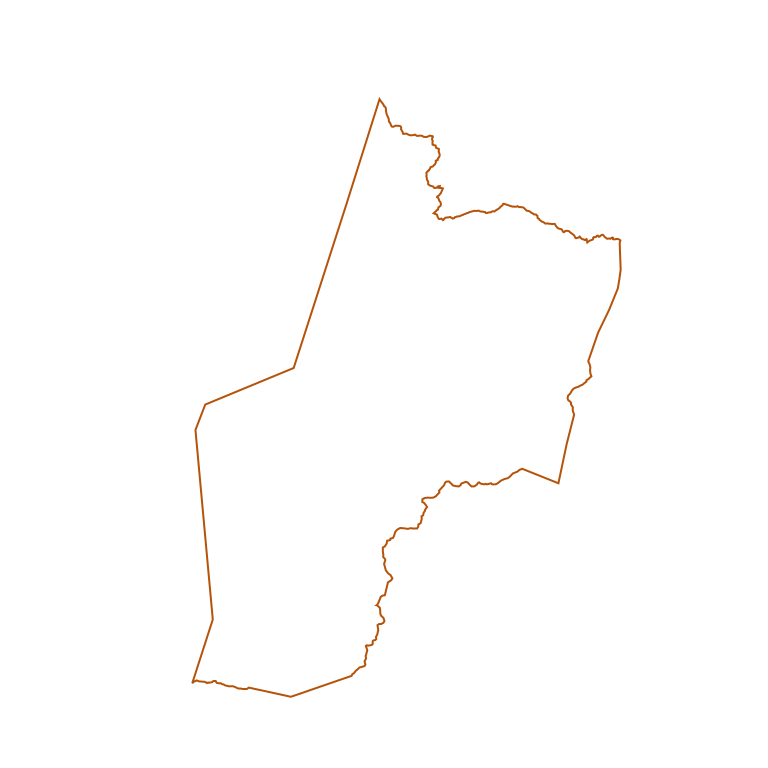 Menyamya District, Morobe, Papua New Guinea (orthographic projection), rotated 74°
{"feature_id": "67681753B12937966801252", "entity_name": "Menyamya District", "entity_type": "district", "adm_level": 2, "iso_a3": "PNG", "parent_name": "Papua New Guinea", "parent_adm1": "Morobe", "projection": "orthographic", "projection_center": [146.094, -7.257], "detail": "fine", "context": "isolated", "style": "outline", "palette": "amber", "viewbox_px": 768, "rotation_deg": 74, "n_neighbors": 0, "source": "geoboundaries", "source_scale": "gbopen_adm2", "svg_char_len": 6165}
<svg xmlns="http://www.w3.org/2000/svg" viewBox="0 0 768 768"><g transform="rotate(74 384 384)"><path d="M492.0,224.9L465.9,209.7L461.5,209.9L458.5,208.9L455.0,209.9L453.6,209.3L452.0,210.1L450.5,211.3L448.2,211.5L445.8,210.1L444.6,207.7L442.3,205.4L440.9,203.5L440.3,200.9L440.2,197.6L439.6,195.3L439.4,193.4L438.2,190.8L437.6,188.9L436.2,188.3L435.6,185.9L435.3,185.7L433.8,182.5L430.7,182.7L427.5,182.1L425.0,181.1L422.8,180.9L420.5,181.1L418.4,181.4L393.6,164.0L374.7,147.1L356.6,132.9L348.2,128.9L339.4,125.0L313.5,118.6L311.1,117.2L309.5,118.5L308.9,119.8L308.6,120.9L308.6,122.3L308.1,123.6L307.8,124.0L307.1,123.9L306.7,123.6L306.2,124.0L306.2,124.6L306.8,126.5L306.2,127.5L306.0,128.3L305.9,129.5L303.5,131.3L301.5,132.1L300.9,132.5L300.7,133.0L300.9,134.4L301.4,135.3L301.7,136.2L301.7,136.9L300.4,137.4L300.3,138.0L300.4,138.7L301.1,139.8L301.0,140.6L300.7,142.0L301.0,142.6L302.1,142.9L302.6,143.3L302.8,144.4L302.9,146.5L303.2,147.7L304.0,149.6L303.5,149.6L302.9,149.4L301.7,149.6L300.9,149.2L300.5,149.5L301.1,151.1L300.7,151.7L300.1,152.0L299.8,152.5L299.6,153.3L299.3,153.7L297.3,154.9L296.7,155.0L296.2,155.3L296.8,156.4L296.9,157.4L296.8,158.2L296.9,158.8L296.7,159.4L296.1,159.8L293.8,160.2L293.1,160.6L292.2,161.2L291.4,161.7L290.2,162.8L288.7,163.7L288.0,164.2L287.3,165.4L286.9,167.3L287.0,168.0L287.5,168.5L287.7,169.2L287.1,169.9L284.9,170.4L284.2,170.7L283.6,171.8L282.9,173.0L281.8,174.1L279.9,175.0L278.7,175.4L277.5,175.5L277.0,176.1L276.6,178.3L275.8,180.0L275.5,181.0L275.2,181.8L274.7,182.3L274.4,184.3L274.0,185.0L273.1,185.5L272.1,186.5L271.5,187.4L270.1,188.4L269.4,189.1L269.0,189.3L267.9,189.5L267.2,190.4L266.8,190.6L264.6,190.2L263.0,191.2L262.3,193.1L261.2,193.8L260.3,194.9L258.1,196.5L257.7,197.1L257.1,198.4L256.7,199.0L255.7,199.7L252.9,201.2L252.4,202.0L251.8,203.5L251.4,204.4L251.2,205.5L250.5,206.1L249.9,206.6L250.0,207.9L249.8,208.8L249.7,209.4L249.2,210.2L249.0,211.3L248.6,212.1L243.7,219.2L243.9,220.1L244.8,220.7L245.9,223.4L246.7,224.5L247.8,228.1L248.0,229.2L248.6,230.2L248.0,231.7L248.0,232.9L248.4,234.0L248.0,235.5L248.0,237.3L247.8,238.8L247.3,239.2L246.7,239.3L245.3,242.2L244.8,243.7L243.4,245.3L243.2,247.2L242.3,250.0L242.4,250.9L242.3,254.7L242.7,255.8L242.6,257.3L242.9,258.9L242.9,260.7L243.3,261.9L243.2,263.0L243.6,265.1L243.1,267.7L243.3,269.1L243.2,269.9L243.9,270.8L243.9,271.5L244.0,272.2L242.5,273.7L241.7,274.3L241.6,276.0L241.1,278.8L241.2,279.3L242.0,281.0L242.7,281.7L242.8,282.1L242.0,282.6L240.8,283.3L240.8,284.7L240.6,285.4L240.3,285.8L238.1,286.4L235.8,286.4L233.6,289.2L231.7,285.5L231.3,285.1L231.2,284.0L229.2,283.0L228.7,281.5L228.1,280.4L227.0,279.7L224.9,279.6L222.9,280.4L221.0,280.4L220.0,280.7L219.0,281.5L218.4,281.0L218.1,279.7L217.5,278.5L216.8,277.8L216.4,276.9L212.2,273.5L211.7,274.3L211.0,276.1L210.6,277.1L209.9,276.2L209.1,275.8L208.9,277.3L209.5,278.7L209.8,279.5L209.6,281.2L209.2,281.8L207.8,282.2L206.5,284.3L205.5,285.5L204.5,286.3L203.9,286.5L202.7,286.0L201.3,285.8L199.6,286.4L198.5,286.2L197.6,286.0L195.9,286.1L195.1,285.5L194.5,285.3L192.7,285.1L191.9,284.1L191.9,283.6L191.3,283.2L191.1,281.9L190.4,281.6L189.9,280.6L188.8,279.8L188.3,279.3L188.4,278.0L188.3,277.1L187.5,275.8L187.0,274.6L185.1,272.9L183.9,272.9L183.4,272.0L183.6,270.8L183.3,270.5L182.1,270.0L181.2,268.5L179.3,267.3L176.4,267.2L175.9,267.5L174.8,267.1L174.2,266.7L173.1,266.5L171.5,268.7L170.4,268.8L169.0,268.7L168.5,269.4L167.9,270.7L167.3,271.3L166.7,271.3L166.0,270.9L165.2,270.9L164.0,270.2L162.3,270.4L161.0,270.0L160.1,268.9L159.3,268.9L157.9,271.4L158.3,274.2L158.3,275.5L157.8,276.3L157.5,277.5L156.7,278.3L156.0,279.0L155.5,279.8L155.0,281.9L154.7,283.7L154.0,284.6L153.0,285.2L152.8,285.8L152.9,286.8L152.5,289.1L151.9,290.7L150.7,292.2L149.7,293.1L149.2,294.5L149.1,295.7L148.7,296.7L147.0,296.6L143.9,297.4L142.2,296.8L140.9,297.0L140.1,298.0L138.9,301.7L139.3,304.1L138.9,305.3L138.1,305.8L134.5,306.2L133.2,306.9L130.3,306.4L125.4,307.1L122.9,306.9L118.9,306.2L117.6,306.7L117.1,307.3L115.2,307.5L110.9,309.2L109.0,309.8L201.0,370.7L343.7,466.4L354.5,561.5L376.2,577.9L563.2,613.5L618.8,650.8L617.8,649.0L617.3,645.8L618.9,643.7L620.9,638.3L622.7,636.6L622.4,635.3L623.0,634.6L623.0,633.4L623.3,631.6L622.5,629.9L623.1,627.7L625.1,627.2L626.3,625.1L626.6,623.5L628.0,622.2L628.6,621.0L630.1,619.6L630.8,618.1L631.9,616.3L632.4,614.2L633.1,612.1L634.4,610.5L636.6,608.0L637.2,605.7L638.2,604.0L639.4,600.0L638.6,597.6L659.0,559.7L655.6,495.6L654.0,494.2L653.8,492.7L652.0,490.3L650.6,487.2L649.8,485.9L649.8,480.5L648.5,479.2L645.1,479.1L643.9,477.8L642.7,476.8L640.3,476.6L639.1,475.6L637.8,475.0L635.6,473.5L632.9,473.5L630.9,473.7L630.4,472.6L631.1,471.3L631.4,469.4L631.4,467.5L630.7,466.4L628.5,466.0L627.7,465.3L627.6,464.3L627.7,462.9L627.1,461.8L624.9,461.4L622.8,459.4L620.6,458.3L619.2,457.4L614.0,456.7L613.4,455.0L613.9,452.9L613.4,450.4L612.0,448.9L608.7,449.0L606.0,450.6L604.0,450.9L600.8,450.1L597.8,449.7L594.7,451.8L594.6,452.0L594.4,451.4L593.0,449.9L587.7,445.8L587.0,443.6L587.3,441.4L575.8,434.9L574.6,431.1L573.1,429.5L569.5,430.4L567.2,432.2L563.6,433.6L556.9,433.5L553.7,431.3L552.6,431.2L550.0,432.5L548.1,431.7L544.8,431.3L540.9,430.2L540.4,428.1L538.2,425.5L535.5,424.2L535.7,422.4L535.6,421.0L534.4,420.4L534.4,417.8L532.9,416.3L531.7,415.6L529.0,413.7L527.5,411.1L526.9,408.1L528.3,404.4L529.8,401.1L530.0,397.8L530.8,396.3L532.0,392.0L530.5,390.3L528.5,389.7L527.9,387.2L526.3,386.2L523.9,384.8L521.5,384.4L521.0,382.6L518.6,381.3L517.3,379.7L515.9,378.9L514.2,376.5L511.8,377.2L509.4,378.2L508.0,379.7L505.3,378.8L504.8,376.2L505.3,373.2L506.3,370.4L506.8,367.9L506.2,365.1L504.9,362.9L503.5,360.6L501.7,360.5L499.8,357.3L497.8,354.1L495.7,352.5L495.0,351.0L495.6,348.4L498.0,347.0L500.6,345.6L501.9,343.3L503.1,340.3L502.3,338.2L501.0,337.1L500.6,332.4L501.8,330.6L504.3,329.5L506.6,328.1L507.3,325.3L506.4,322.6L504.8,320.6L504.8,319.6L506.3,318.7L508.1,315.4L508.0,313.8L508.8,312.9L508.9,310.6L508.9,308.5L509.9,308.0L510.6,306.9L511.2,304.1L510.7,301.8L509.2,298.5L508.5,294.2L508.7,291.0L507.5,288.1L505.5,284.8L505.0,279.8L503.9,277.5L503.6,274.5L527.5,243.7L492.0,224.9Z" fill="none" stroke="#b45309" stroke-width="2"/></g></svg>